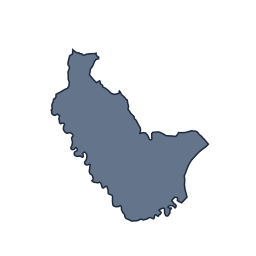 the district of Socol, Caras-Severin, Romania, rotated 238°
{"feature_id": "2599482B21362983579881", "entity_name": "Socol", "entity_type": "district", "adm_level": 2, "iso_a3": "ROU", "parent_name": "Romania", "parent_adm1": "Caras-Severin", "projection": "equal_earth", "projection_center": [21.423, 44.831], "detail": "fine", "context": "isolated", "style": "filled", "palette": "slate", "viewbox_px": 256, "rotation_deg": 238, "n_neighbors": 0, "source": "geoboundaries", "source_scale": "gbopen_adm2", "svg_char_len": 5625}
<svg xmlns="http://www.w3.org/2000/svg" viewBox="0 0 256 256"><g transform="rotate(238 128 128)"><path d="M223.6,122.7L222.6,122.1L221.7,121.3L220.8,120.5L220.0,119.7L220.3,117.5L220.0,116.6L217.6,114.1L215.1,111.6L213.1,110.5L211.6,110.8L209.9,110.2L208.6,108.4L207.1,106.6L205.0,105.6L201.0,103.1L198.2,102.6L195.0,100.3L193.7,97.6L194.2,94.9L194.2,91.9L194.4,88.8L194.7,84.8L194.2,84.4L193.4,84.1L192.9,83.7L192.5,83.3L192.4,82.7L191.6,81.7L191.8,81.0L191.9,80.4L191.6,79.9L190.9,79.3L189.5,78.0L189.2,77.2L188.2,76.0L186.8,75.0L186.4,74.9L186.0,74.8L185.4,74.3L184.9,74.2L184.6,74.0L184.0,73.0L184.0,72.5L183.5,72.2L183.1,72.4L180.9,71.1L179.6,71.2L178.2,71.8L177.3,73.0L177.3,75.3L175.2,76.3L174.9,76.6L174.4,76.3L174.2,76.0L174.0,75.7L172.4,74.2L172.0,74.0L171.0,74.0L169.9,73.2L168.6,72.7L167.3,73.1L167.2,73.2L167.1,73.7L167.3,74.3L167.3,74.5L165.9,76.0L165.2,76.2L164.9,76.2L164.7,76.1L164.5,75.9L163.5,74.4L162.8,73.7L161.5,72.7L160.7,72.4L160.1,72.3L158.6,72.3L157.3,72.6L156.7,72.9L156.3,73.1L155.9,73.5L155.7,73.7L155.5,74.2L155.4,75.0L155.3,75.4L154.5,76.6L153.1,77.3L152.2,77.5L151.5,77.6L150.6,77.4L150.3,77.2L150.1,76.9L150.0,76.6L149.9,76.3L149.9,75.5L149.8,75.3L149.2,74.8L148.6,74.5L145.8,73.5L144.9,73.1L142.8,71.0L141.8,69.3L141.6,69.1L140.9,68.8L140.3,68.7L139.7,68.9L139.2,69.3L138.8,69.8L138.6,70.6L138.6,71.5L138.7,71.9L139.2,72.6L139.2,73.0L138.5,73.6L137.9,73.8L137.1,73.7L136.5,73.5L135.9,73.1L135.8,72.8L135.7,72.6L135.8,72.0L135.9,71.3L136.0,70.5L135.8,69.8L135.6,69.5L134.6,68.7L133.9,68.4L133.5,68.4L132.5,68.6L131.6,69.2L130.6,70.2L130.0,71.6L129.5,72.5L128.9,72.9L127.8,73.5L127.5,73.7L127.3,74.0L127.3,74.5L127.7,75.3L127.9,75.4L128.8,75.5L130.2,76.1L130.4,76.3L130.7,77.0L130.8,77.4L130.8,77.8L130.6,78.2L130.4,78.5L130.1,78.7L129.2,78.9L128.2,78.9L127.1,78.8L126.5,78.6L125.0,77.6L123.2,75.8L122.9,75.4L122.6,74.7L122.5,74.0L122.3,73.5L121.5,72.8L121.2,72.5L120.6,72.5L119.7,72.6L119.2,72.8L118.6,73.3L118.2,74.0L117.6,76.1L117.3,76.4L117.1,76.5L116.4,76.0L115.1,74.9L114.1,74.2L112.9,73.0L111.9,72.3L111.1,71.9L110.6,71.8L109.4,71.6L108.7,71.8L108.0,72.2L107.3,72.5L106.4,72.5L105.8,72.4L104.2,71.9L103.2,71.5L102.7,70.6L102.5,70.1L102.4,69.4L101.2,69.7L100.1,70.3L99.8,70.6L99.4,71.3L98.1,72.6L97.5,73.4L97.3,74.1L97.3,74.9L96.9,75.2L95.9,75.6L95.1,75.6L94.4,75.5L91.7,74.7L90.9,74.7L90.3,75.0L90.2,75.2L90.1,75.6L90.3,76.8L90.2,78.7L90.2,78.8L89.5,79.0L89.0,79.0L87.5,78.5L86.2,78.4L85.1,77.8L83.2,76.6L82.5,76.6L82.0,76.9L79.8,78.6L79.3,78.7L78.5,78.7L77.8,78.4L74.2,76.0L71.6,74.8L70.6,74.4L70.1,74.3L69.7,74.4L69.3,74.8L68.3,75.3L67.7,75.9L67.1,77.1L66.4,78.1L66.3,78.9L66.4,80.1L66.2,80.4L65.9,80.5L65.1,80.5L64.0,80.3L63.6,80.1L62.7,79.4L60.9,79.0L59.0,78.8L58.7,78.8L57.6,79.1L56.6,79.2L55.9,79.1L55.6,78.7L55.3,78.6L53.6,78.3L53.0,78.3L52.3,78.5L51.8,78.7L50.2,79.9L47.4,81.6L46.4,82.9L46.3,83.2L46.2,84.0L45.0,85.5L44.8,86.1L44.2,88.0L44.1,89.1L44.2,89.7L44.1,89.9L43.4,91.2L42.4,91.9L41.7,92.6L41.2,94.7L40.8,95.6L40.7,96.1L40.9,97.3L40.9,97.7L40.3,99.2L40.0,99.8L39.8,100.1L39.1,100.3L38.5,100.8L37.5,101.5L37.5,102.1L38.7,103.4L39.2,103.9L39.5,104.2L39.8,104.7L39.8,105.0L39.7,105.3L39.3,105.7L38.2,106.3L37.4,106.6L37.2,106.8L37.2,107.1L37.2,107.3L38.0,108.4L38.0,108.5L37.7,109.3L37.8,109.8L38.4,110.8L38.6,111.2L38.9,111.3L40.0,111.3L40.6,111.1L41.6,110.7L41.8,110.7L41.9,110.8L42.0,111.0L42.1,111.3L41.9,113.0L41.5,115.3L41.0,115.8L40.4,116.1L39.9,116.1L39.0,115.4L37.7,114.8L36.9,114.2L36.4,114.0L34.2,113.6L33.8,113.6L33.4,113.8L32.7,114.3L32.5,114.8L32.4,115.1L32.4,115.5L32.7,116.4L33.4,117.5L33.6,118.4L34.7,119.0L35.5,119.7L36.2,120.1L36.3,120.3L36.5,120.5L36.6,121.1L36.5,121.8L36.6,122.0L37.1,122.2L37.3,122.1L38.8,120.0L39.0,119.8L39.4,119.8L39.7,119.9L39.9,120.2L40.0,120.5L40.2,121.1L40.2,121.5L40.0,122.2L39.5,123.0L38.9,124.1L38.2,124.7L37.3,125.1L35.7,125.4L35.3,125.7L35.4,125.9L35.4,126.4L36.1,126.8L36.3,127.6L37.0,127.8L37.8,127.5L38.6,127.5L38.8,127.1L39.8,126.9L41.3,126.9L42.1,126.6L43.0,126.6L43.5,126.9L43.5,127.5L43.9,128.6L44.5,130.9L43.2,132.6L41.8,132.8L40.6,131.5L40.2,131.4L37.7,132.7L37.1,133.2L36.1,133.8L38.1,141.4L45.9,143.9L49.8,145.7L54.4,148.9L57.7,150.4L59.2,152.7L61.6,155.6L63.9,158.9L65.2,160.9L67.0,164.6L67.8,167.2L69.9,175.0L70.5,179.2L70.8,183.9L71.7,187.6L77.2,186.8L77.9,186.7L78.4,186.7L78.6,186.6L78.8,186.4L79.6,186.2L80.2,186.1L80.8,186.2L81.4,185.9L82.5,185.8L85.0,184.8L85.8,184.8L86.2,185.0L87.1,184.7L88.0,184.6L89.2,183.9L90.0,183.1L90.4,182.2L92.0,180.5L92.9,177.2L93.9,174.0L95.5,171.2L97.3,168.5L96.4,166.7L95.7,164.8L96.0,163.3L97.7,161.4L99.5,158.7L101.5,156.1L104.5,154.7L107.6,152.6L108.8,151.3L111.2,146.7L110.7,145.2L109.6,144.4L108.5,143.7L106.2,142.6L105.8,141.5L106.1,140.6L107.3,140.1L109.0,140.5L110.7,140.7L111.6,140.7L114.3,140.3L115.8,138.9L116.6,137.1L117.1,135.2L119.4,137.5L121.9,138.5L125.0,138.5L129.5,139.0L131.0,138.8L132.4,138.3L134.3,139.2L139.0,138.1L141.2,138.2L143.4,137.9L144.5,138.4L146.0,139.9L149.1,140.9L152.1,142.2L153.7,141.5L155.8,141.4L160.0,140.2L162.6,140.5L163.9,140.3L163.5,139.7L162.2,139.1L162.9,136.2L164.0,133.9L166.8,131.9L170.0,131.3L171.6,130.6L173.4,130.1L176.0,128.4L177.7,129.0L179.0,128.6L180.3,128.0L181.5,128.8L183.0,129.0L183.2,127.7L183.2,125.3L187.2,124.3L192.9,123.6L193.9,123.7L194.8,124.7L195.7,125.6L196.8,126.5L197.9,127.3L198.9,130.1L199.9,131.8L202.2,134.9L203.1,137.4L202.3,139.8L203.6,140.7L205.0,139.9L207.3,139.8L208.3,140.6L208.8,139.1L210.7,135.9L212.3,132.6L212.6,132.0L212.7,130.0L213.6,128.6L215.6,128.0L216.4,126.5L217.8,126.2L218.2,125.0L219.5,124.3L221.2,123.4L223.6,122.7Z" fill="#64748b" stroke="#1e293b" stroke-width="1.5"/></g></svg>